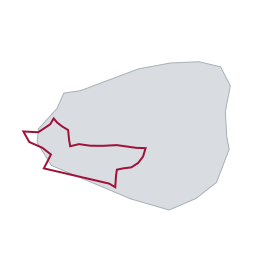 location of Canillo within Andorra, rotated 188°
{"feature_id": "AND-4879", "entity_name": "Canillo", "entity_type": "state/province", "adm_level": 1, "iso_a3": "AND", "parent_name": "Andorra", "parent_adm1": "", "projection": "robinson", "projection_center": [1.655, 42.581], "detail": "fine", "context": "in_parent", "style": "outline", "palette": "rose", "viewbox_px": 256, "rotation_deg": 188, "n_neighbors": 0, "source": "natural_earth", "source_scale": "10m", "svg_char_len": 790}
<svg xmlns="http://www.w3.org/2000/svg" viewBox="0 0 256 256"><g transform="rotate(188 128 128)"><path d="M196.4,153.6L180.2,158.4L125.9,188.0L95.0,198.3L66.8,203.5L44.8,201.4L32.6,184.1L33.9,157.6L29.1,133.6L24.9,120.9L32.8,86.4L50.9,67.7L75.9,52.5L115.2,58.1L198.6,80.2L216.0,100.9L216.5,114.8L201.0,137.4L196.4,153.6Z" fill="#d9dde1" stroke="#a8b0b8" stroke-width="1"/><path d="M132.4,67.6L138.8,70.3L205.7,76.3L200.6,91.0L210.1,96.5L223.8,100.4L228.8,106.9L231.1,110.0L216.3,111.3L205.6,120.8L202.9,127.1L198.9,123.5L193.2,120.3L187.0,117.6L184.8,108.4L182.7,101.9L174.3,105.2L162.9,105.2L150.7,106.8L136.7,109.5L125.3,109.5L117.0,109.5L107.8,110.5L109.1,101.9L113.0,94.9L119.2,89.5L127.0,87.4L133.2,85.2L133.2,78.7L132.4,67.6Z" fill="none" stroke="#9f1239" stroke-width="2"/></g></svg>